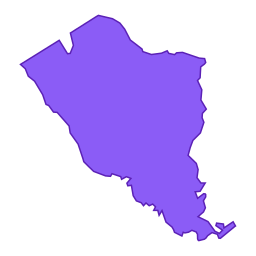 Colleton, South Carolina, United States of America
{"feature_id": "52423323B97274503585716", "entity_name": "Colleton", "entity_type": "district", "adm_level": 2, "iso_a3": "USA", "parent_name": "United States of America", "parent_adm1": "South Carolina", "projection": "mercator", "projection_center": [-80.565, 32.826], "detail": "fine", "context": "isolated", "style": "filled", "palette": "violet", "viewbox_px": 256, "rotation_deg": 0, "n_neighbors": 0, "source": "geoboundaries", "source_scale": "gbopen_adm2", "svg_char_len": 1574}
<svg xmlns="http://www.w3.org/2000/svg" viewBox="0 0 256 256"><path d="M20.5,64.4L25.3,68.7L28.3,76.2L34.6,81.2L42.7,94.7L46.0,104.4L48.7,105.5L53.5,112.1L57.2,112.4L69.1,126.0L70.2,133.0L78.1,144.1L82.9,158.5L83.8,161.7L88.8,166.7L93.7,171.4L105.6,175.9L110.5,176.3L112.0,173.7L120.7,176.6L121.6,179.3L126.4,176.7L130.9,178.4L126.9,183.2L127.8,185.8L131.4,185.3L133.2,195.7L136.4,200.9L141.2,202.7L143.5,205.7L146.0,203.0L149.2,205.7L152.7,204.1L155.5,206.8L153.7,210.4L157.8,210.4L159.1,215.3L162.0,210.6L166.0,222.1L172.0,227.0L173.6,229.7L174.5,232.3L181.9,236.0L183.2,232.3L184.9,232.9L188.5,232.2L191.9,230.3L196.2,232.0L197.0,233.5L197.5,234.2L197.6,238.9L198.2,240.2L198.8,240.6L204.4,239.2L205.9,238.1L207.6,235.7L212.0,232.6L217.4,234.3L218.8,238.1L220.4,238.3L235.0,226.3L235.5,226.0L233.1,221.8L224.0,227.9L223.4,224.0L216.6,223.1L215.9,225.6L222.5,230.2L219.4,233.4L215.0,231.3L208.0,221.6L198.0,216.7L203.5,211.9L205.4,207.8L203.4,200.8L205.7,196.9L205.7,194.5L205.2,193.9L203.7,193.7L197.6,198.3L195.2,191.8L200.1,191.3L205.2,183.0L200.9,183.0L197.0,177.7L198.1,169.6L196.3,163.4L188.1,155.4L190.2,147.6L192.9,140.4L200.4,132.9L203.9,122.3L202.1,117.8L202.4,113.4L206.3,109.1L200.9,100.0L201.8,89.8L197.5,80.5L200.1,77.8L200.7,66.9L204.4,64.1L205.7,62.5L204.6,58.6L199.2,58.1L182.5,52.4L176.6,52.8L174.6,54.6L168.8,53.4L167.2,50.8L161.5,53.2L151.4,54.5L142.8,51.6L142.0,49.0L130.3,40.0L124.7,29.2L119.9,23.1L112.5,18.7L98.4,15.4L96.3,16.6L70.4,33.0L73.4,45.4L70.2,53.4L67.5,53.7L59.2,40.3L20.5,64.4Z" fill="#8b5cf6" stroke="#5b21b6" stroke-width="1.5"/></svg>